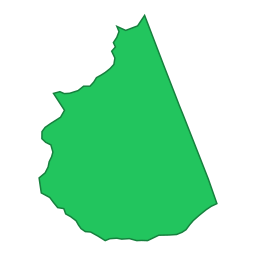 the district of Jucati, Pernambuco, Brazil
{"feature_id": "56859067B55916108667940", "entity_name": "Jucati", "entity_type": "district", "adm_level": 2, "iso_a3": "BRA", "parent_name": "Brazil", "parent_adm1": "Pernambuco", "projection": "orthographic", "projection_center": [-36.472, -8.73], "detail": "fine", "context": "isolated", "style": "filled", "palette": "green", "viewbox_px": 256, "rotation_deg": 0, "n_neighbors": 0, "source": "geoboundaries", "source_scale": "gbopen_adm2", "svg_char_len": 993}
<svg xmlns="http://www.w3.org/2000/svg" viewBox="0 0 256 256"><path d="M85.3,231.6L90.6,232.0L98.2,236.2L105.2,240.6L109.8,238.7L116.8,238.2L121.7,239.1L129.4,238.6L136.7,240.6L141.6,240.4L147.6,240.6L158.8,235.2L168.9,235.0L176.6,234.5L182.0,232.3L186.0,229.7L189.7,224.7L193.3,220.5L199.2,215.3L206.0,209.8L211.2,206.3L216.9,203.6L208.4,179.3L186.5,123.5L182.9,114.4L179.5,106.1L176.2,97.5L163.6,65.1L144.6,15.4L137.6,25.9L125.7,30.4L116.9,26.4L119.0,31.6L116.8,37.4L113.4,42.6L115.4,47.0L111.7,51.2L114.9,58.0L113.9,64.4L110.1,68.6L105.2,72.5L101.1,75.1L96.5,77.6L93.8,82.0L90.0,86.2L83.6,86.2L78.1,90.6L69.6,93.3L64.2,93.6L59.9,91.7L53.5,93.4L64.5,110.3L60.6,117.2L50.7,123.5L45.1,127.4L42.0,131.6L41.9,138.7L45.8,142.4L50.9,144.9L52.9,152.1L51.6,156.8L49.2,161.7L48.1,167.1L45.1,172.9L39.1,177.9L40.3,186.2L41.3,192.9L49.8,197.5L53.6,202.6L57.7,207.6L63.8,208.6L65.7,213.9L70.6,216.6L76.1,220.8L78.4,224.9L81.0,228.6L85.3,231.6Z" fill="#22c55e" stroke="#15803d" stroke-width="1.5"/></svg>